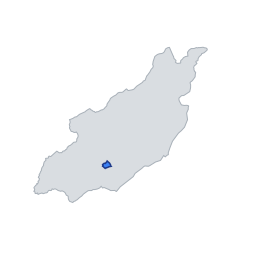 location of Chandmani, Govi-Altay, Mongolia, rotated 315°
{"feature_id": "93677404B36095264987417", "entity_name": "Chandmani", "entity_type": "district", "adm_level": 2, "iso_a3": "MNG", "parent_name": "Mongolia", "parent_adm1": "Govi-Altay", "projection": "equal_earth", "projection_center": [97.862, 45.436], "detail": "fine", "context": "in_parent", "style": "filled", "palette": "blue", "viewbox_px": 256, "rotation_deg": 315, "n_neighbors": 0, "source": "geoboundaries", "source_scale": "gbopen_adm2", "svg_char_len": 3952}
<svg xmlns="http://www.w3.org/2000/svg" viewBox="0 0 256 256"><g transform="rotate(315 128 128)"><path d="M16.7,106.1L17.5,106.1L18.8,105.3L19.0,104.2L19.4,103.6L22.5,103.3L23.8,103.6L24.1,102.9L24.3,102.8L25.0,103.4L25.8,103.1L26.3,102.9L26.7,102.0L27.8,102.2L29.6,101.2L29.6,99.6L30.3,99.2L31.9,98.9L32.1,98.2L32.5,98.0L33.7,97.8L35.7,96.9L36.6,96.9L37.4,96.1L39.2,95.2L41.9,94.7L42.1,94.3L44.6,92.8L47.3,92.7L48.0,91.4L48.4,91.3L50.2,92.8L51.0,92.6L51.3,92.1L52.4,92.1L52.8,93.1L53.4,93.6L61.2,94.0L61.4,94.4L61.8,96.9L63.2,98.0L63.6,98.6L65.7,98.4L66.9,99.3L68.8,99.3L69.7,99.6L71.6,98.7L72.0,98.7L72.6,99.1L73.5,98.8L75.2,99.6L76.5,99.5L77.1,99.8L77.9,99.6L79.7,99.8L81.2,101.1L82.3,101.0L83.5,100.2L83.9,99.6L85.7,99.2L86.7,98.7L87.4,98.1L88.4,96.2L88.6,94.2L87.6,93.9L86.9,93.2L86.4,92.1L86.3,91.4L85.5,90.3L85.5,89.7L86.0,88.7L86.3,87.2L86.9,86.3L88.1,85.8L88.2,85.2L89.0,84.0L90.9,83.3L92.0,82.0L92.6,80.7L93.6,81.3L96.1,82.3L98.2,82.7L99.6,83.7L103.3,84.0L109.4,86.3L110.7,86.2L114.4,87.1L114.7,87.5L114.7,89.2L115.0,89.7L115.2,91.6L115.9,92.6L115.8,93.7L116.1,94.1L117.0,94.2L118.5,95.4L121.8,96.3L122.8,97.1L125.0,97.6L126.2,97.3L128.1,97.4L128.8,97.3L129.9,96.4L130.7,96.1L134.9,95.4L136.1,94.8L136.8,94.7L140.2,95.3L142.6,96.1L145.9,96.1L147.6,97.1L148.3,98.0L149.7,98.9L154.4,99.2L154.6,99.4L154.6,101.5L154.8,101.8L158.0,104.0L159.5,104.7L163.7,104.6L170.5,106.0L172.0,105.6L173.5,106.3L174.0,106.3L178.1,104.4L178.8,104.5L183.2,103.8L185.9,102.9L188.1,102.9L189.7,102.1L190.3,100.6L192.9,98.7L197.6,96.4L200.7,96.8L202.5,97.6L204.6,99.2L205.7,99.7L207.7,99.8L210.4,98.7L211.9,99.0L213.3,99.5L214.3,100.3L210.9,108.9L210.9,109.4L209.7,111.3L209.7,114.2L208.0,115.2L208.4,116.9L208.9,117.5L211.1,119.2L211.7,118.9L212.2,118.2L213.2,117.6L215.2,117.8L216.9,117.5L219.1,118.1L221.2,119.5L223.7,116.5L226.3,116.1L228.8,116.5L230.9,118.5L233.2,119.5L233.9,120.6L234.9,121.1L235.2,121.6L238.2,124.0L238.9,125.5L239.8,126.6L239.9,127.7L239.8,128.3L238.8,128.9L234.9,128.6L232.6,127.5L231.8,128.1L228.9,127.9L227.2,128.3L226.2,128.8L225.6,129.5L225.1,129.7L224.6,129.6L223.7,129.0L222.9,129.1L222.7,129.2L222.4,131.1L219.9,131.1L219.0,130.8L217.1,131.7L216.8,132.5L215.8,133.5L215.0,135.4L215.3,136.2L215.0,136.7L213.3,137.8L211.6,139.3L208.0,139.9L206.3,140.0L205.0,139.7L203.8,139.9L202.9,141.7L200.7,143.8L197.4,145.9L191.0,144.6L190.2,144.3L188.8,143.0L185.2,142.9L184.2,143.8L183.4,145.1L182.1,149.4L183.7,151.8L185.5,153.4L186.3,154.5L186.4,155.4L185.3,155.9L183.8,157.4L180.0,158.9L176.0,164.2L168.5,167.4L163.8,167.6L160.1,167.3L150.1,168.8L143.7,171.6L138.9,174.0L137.9,175.2L137.4,175.3L136.5,174.9L133.9,174.7L133.8,172.7L128.1,173.9L123.4,171.5L116.8,170.0L115.4,169.5L113.1,166.8L111.9,166.4L109.0,166.3L101.0,165.1L97.3,166.1L81.0,164.1L75.1,164.7L74.8,164.5L74.5,162.8L71.7,160.2L71.3,159.5L71.2,158.5L69.0,153.2L67.6,152.4L67.8,150.2L65.7,150.4L63.3,149.5L60.8,147.9L59.7,146.8L58.0,146.5L55.9,144.4L54.9,144.0L49.8,143.2L47.2,143.4L44.4,142.9L41.2,142.8L40.2,142.4L39.3,142.4L37.5,141.5L36.3,141.7L34.9,138.7L35.3,136.8L35.9,135.7L37.4,134.0L37.4,133.4L36.9,131.9L37.8,129.2L37.6,127.6L36.9,125.7L35.8,125.3L34.4,122.8L34.0,120.8L33.4,119.4L31.8,118.6L31.4,117.5L30.9,117.4L30.5,117.8L29.6,117.9L28.7,117.2L28.2,116.3L27.6,116.1L26.6,116.2L25.6,116.5L24.6,116.3L23.8,115.6L21.5,114.4L21.4,113.6L21.1,113.0L20.4,112.8L19.7,112.2L17.5,111.4L17.5,111.0L18.1,110.1L16.6,109.4L16.1,108.6L17.0,107.5L16.7,106.8L16.7,106.1Z" fill="#d9dde1" stroke="#a8b0b8" stroke-width="1"/><path d="M89.9,136.6L89.0,136.9L88.0,136.9L87.0,137.1L86.5,136.4L86.2,136.1L85.6,136.1L84.6,135.9L84.1,135.9L84.0,136.0L84.0,136.3L84.0,136.5L83.9,136.6L83.9,136.8L83.0,137.1L83.2,137.9L83.2,138.9L83.3,140.4L83.8,140.4L84.7,140.8L84.8,140.9L84.8,141.0L85.0,141.0L85.3,141.2L86.0,141.6L86.9,141.8L88.4,142.8L89.0,143.2L89.1,142.4L89.2,142.2L89.6,141.7L90.1,140.0L90.1,139.4L90.0,138.4L89.9,136.6Z" fill="#3b82f6" stroke="#1e3a8a" stroke-width="1.5"/></g></svg>